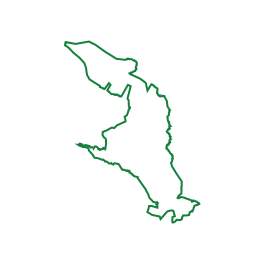 Malinaltepec, Guerrero, Mexico, rotated 140°
{"feature_id": "50627088B5493322532646", "entity_name": "Malinaltepec", "entity_type": "district", "adm_level": 2, "iso_a3": "MEX", "parent_name": "Mexico", "parent_adm1": "Guerrero", "projection": "natural_earth1", "projection_center": [-98.711, 17.129], "detail": "fine", "context": "isolated", "style": "outline", "palette": "green", "viewbox_px": 256, "rotation_deg": 140, "n_neighbors": 0, "source": "geoboundaries", "source_scale": "gbopen_adm2", "svg_char_len": 5812}
<svg xmlns="http://www.w3.org/2000/svg" viewBox="0 0 256 256"><g transform="rotate(140 128 128)"><path d="M154.6,27.1L154.2,26.6L152.5,26.1L150.9,26.1L149.8,26.5L149.1,25.9L148.2,24.5L147.4,24.3L147.2,23.9L145.3,23.5L144.1,24.8L142.8,25.1L142.1,25.6L138.8,23.0L137.0,22.1L135.7,23.2L135.3,23.3L135.0,23.8L133.5,23.4L132.2,23.5L132.1,22.8L131.2,23.3L130.1,23.7L129.1,24.6L128.4,24.7L127.2,25.7L124.7,24.9L124.2,24.3L123.4,24.3L122.2,23.9L122.1,24.0L121.9,24.3L122.1,25.1L122.6,25.9L122.6,27.3L123.2,27.7L123.4,28.6L124.5,30.5L125.3,29.9L125.9,30.5L126.3,30.5L126.0,31.5L126.3,32.6L126.8,33.3L127.2,34.2L127.6,34.5L127.6,34.9L129.0,36.9L129.1,37.6L129.3,37.6L130.1,39.1L132.0,41.2L134.4,41.6L134.9,42.6L133.1,43.2L132.7,43.6L129.3,43.4L126.8,46.3L126.1,46.7L125.9,47.4L125.5,48.1L125.0,48.6L124.4,48.7L121.2,52.6L120.0,63.2L119.0,69.8L118.5,71.4L117.9,72.4L117.7,73.4L116.2,74.1L115.7,74.1L114.5,75.3L114.0,75.4L113.8,76.0L113.4,75.9L113.3,76.4L113.1,76.7L112.0,77.3L112.0,77.9L111.6,78.3L111.9,78.8L111.6,79.0L111.6,79.7L111.4,80.0L111.5,80.5L112.0,81.1L112.0,81.4L111.6,82.5L111.7,83.0L111.5,83.5L111.6,83.9L111.4,84.1L111.7,84.5L111.2,85.8L111.5,86.2L111.6,86.8L111.4,87.2L111.7,87.6L110.9,88.0L110.8,88.8L110.6,89.0L110.0,89.3L109.2,89.2L108.9,90.0L108.7,90.0L108.5,89.6L108.0,89.5L107.7,89.2L107.2,89.7L106.7,89.6L106.6,90.2L106.1,90.4L105.9,90.3L105.8,90.0L105.0,89.8L104.8,90.1L104.8,90.5L104.6,90.8L104.7,91.2L103.9,92.1L103.5,92.2L102.5,91.8L102.0,93.4L101.4,93.4L100.9,93.9L100.9,94.4L101.3,94.9L100.8,95.4L100.4,96.3L100.5,96.7L100.2,97.0L100.5,97.2L100.2,97.7L100.2,98.0L100.3,98.4L100.6,98.6L100.7,100.3L100.3,100.5L99.3,100.5L98.3,101.2L97.8,101.1L97.6,100.8L97.3,100.6L97.0,101.1L96.3,100.9L96.1,101.7L95.5,102.1L95.0,102.2L95.2,102.9L94.7,103.2L94.3,102.8L94.4,103.7L93.8,104.2L93.6,105.4L93.3,105.3L93.2,105.8L92.5,106.6L92.9,107.5L92.1,109.1L91.6,109.5L91.2,110.3L91.0,111.0L90.5,111.0L90.0,111.5L88.3,111.6L86.8,113.4L86.0,113.6L85.5,114.6L85.2,114.7L84.5,114.5L83.9,119.2L81.0,123.4L79.9,128.6L79.6,129.0L79.7,129.4L81.0,130.0L81.0,130.7L81.4,131.1L82.3,131.0L82.8,131.2L83.2,131.8L83.2,132.2L83.5,132.4L83.5,132.6L83.2,132.8L83.5,132.9L83.5,133.4L83.7,133.6L83.7,134.3L83.1,135.5L83.3,135.8L83.3,136.3L82.0,137.2L81.5,138.0L80.5,138.6L80.1,139.2L80.2,140.2L80.9,141.4L80.8,142.2L81.1,142.6L81.2,143.0L81.2,143.4L80.9,143.8L81.3,144.4L81.2,144.9L81.6,145.4L81.9,146.4L82.1,146.5L89.0,144.1L85.4,151.1L86.9,157.8L91.5,167.5L91.9,168.7L91.7,169.0L90.9,168.5L90.0,168.6L89.6,168.3L89.4,167.9L89.2,167.8L88.0,167.7L87.6,167.9L87.0,167.4L86.1,167.4L85.7,167.0L85.3,167.2L84.7,167.8L83.6,167.7L83.4,168.3L83.4,169.1L83.2,169.5L82.1,169.8L81.5,170.6L80.5,170.8L80.2,171.5L79.9,171.6L79.4,172.2L79.0,173.5L79.3,173.8L79.3,174.2L79.5,174.3L79.6,175.5L79.9,175.4L80.4,176.3L80.7,177.8L82.1,179.5L82.5,179.6L82.8,180.2L83.3,180.5L83.4,181.0L83.7,181.0L83.7,181.3L84.1,181.5L84.5,181.4L84.7,181.7L85.4,181.6L86.2,181.9L92.4,188.4L94.6,195.4L96.3,200.4L99.4,212.4L102.3,219.3L114.1,226.1L120.5,233.9L121.3,233.3L121.4,232.8L122.1,232.8L123.0,232.0L123.0,231.0L122.5,230.2L122.1,228.2L121.9,228.0L121.4,220.4L120.0,213.0L119.7,205.7L121.7,200.6L123.3,198.3L125.3,194.8L126.2,189.9L122.5,178.2L123.2,177.4L122.4,176.3L122.3,175.6L121.9,175.2L121.8,174.4L121.5,174.3L121.3,173.4L120.9,172.9L113.8,174.6L113.7,172.2L119.7,170.2L119.8,169.6L119.6,168.9L119.4,168.6L119.5,168.6L118.9,164.6L116.9,162.9L116.7,162.5L117.0,162.0L116.7,161.6L116.2,161.7L115.6,160.8L115.2,160.9L114.7,160.6L114.6,159.8L114.3,159.4L114.3,158.9L114.4,158.5L113.7,158.2L113.7,157.2L113.4,157.1L113.1,156.6L112.8,156.5L100.3,161.1L99.1,158.3L109.4,150.9L109.7,150.2L109.6,148.9L113.7,143.7L113.5,143.3L113.5,142.6L113.2,142.4L113.3,142.2L114.1,141.8L115.0,141.9L115.6,141.8L116.0,141.1L117.0,140.7L118.5,139.6L118.9,139.5L120.8,138.5L121.3,138.4L122.1,138.8L123.4,138.7L124.3,136.7L125.7,134.6L134.6,137.1L138.7,136.8L139.9,138.6L142.6,139.3L145.4,139.7L149.9,141.2L152.0,139.0L152.3,138.0L152.2,137.4L152.5,136.0L152.0,134.7L152.4,133.1L153.0,132.2L153.9,131.7L154.0,131.2L154.5,130.4L158.7,126.7L158.7,127.4L159.0,127.7L159.6,127.5L159.5,128.2L159.8,128.7L160.9,128.2L161.7,128.5L162.2,129.1L162.8,129.0L163.8,129.4L163.4,130.3L164.3,130.9L163.8,131.8L164.0,132.5L163.9,133.3L164.4,134.4L165.1,135.1L167.5,134.5L167.1,135.3L167.4,135.9L168.0,136.5L169.1,137.0L169.2,137.5L169.0,138.9L169.6,139.5L170.3,139.4L170.2,140.4L170.5,140.7L171.0,141.8L171.5,142.2L172.5,142.6L174.3,144.0L174.4,144.6L173.8,145.0L173.8,145.4L174.1,145.8L174.9,146.0L174.9,147.0L175.2,147.1L175.6,146.1L175.9,146.0L177.0,147.1L176.8,146.3L176.2,145.1L176.0,144.5L175.0,143.8L174.9,142.5L173.4,141.2L171.9,139.2L171.6,138.3L171.6,137.6L172.4,135.6L172.2,129.4L172.8,128.0L172.8,127.1L172.7,126.7L170.5,124.3L168.9,121.5L168.4,120.3L167.3,119.8L167.1,118.6L167.1,117.0L166.3,116.7L165.5,114.5L165.5,113.8L165.2,112.9L165.0,112.6L163.4,111.8L163.6,111.2L163.5,110.9L162.7,109.4L161.1,109.8L158.4,106.5L158.6,103.9L158.9,103.0L159.2,99.6L158.4,99.2L158.1,98.8L158.0,98.4L157.1,97.3L156.9,96.8L157.0,96.4L156.7,96.0L156.4,95.7L156.2,96.0L156.1,95.9L155.8,96.0L155.4,95.6L155.2,94.5L154.8,94.6L154.5,94.3L155.3,93.8L155.5,93.1L155.1,92.8L155.3,92.4L154.8,91.5L155.0,91.2L154.8,90.8L154.5,90.7L154.7,89.2L154.4,89.0L154.4,88.1L154.1,87.6L154.3,87.2L153.9,86.5L152.1,84.2L152.8,83.4L153.9,69.7L154.5,67.6L154.6,66.4L154.9,65.6L155.1,64.3L156.5,60.7L156.2,57.1L156.3,55.6L155.3,54.0L154.1,52.7L153.4,52.4L153.4,51.2L154.4,51.0L154.6,51.2L155.1,51.3L155.1,51.0L155.3,51.0L155.1,50.2L155.3,49.8L155.9,49.2L156.1,48.7L156.7,48.1L159.1,51.8L160.7,53.7L162.1,54.7L163.1,53.7L167.2,51.1L165.4,45.9L160.6,39.8L161.6,37.3L151.6,38.8L148.0,37.2L146.5,35.5L148.8,30.3L151.2,31.1L151.4,31.0L152.7,29.5L153.8,28.5L154.6,27.1Z" fill="none" stroke="#15803d" stroke-width="2"/></g></svg>